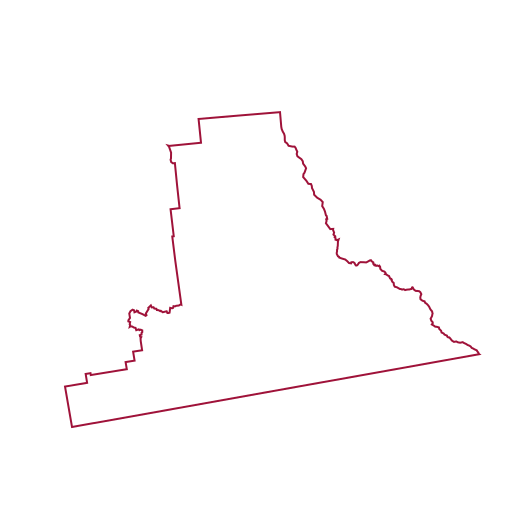 outline of Southeast Fairbanks, Alaska, United States of America, rotated 82°
{"feature_id": "52423323B90612116886659", "entity_name": "Southeast Fairbanks", "entity_type": "district", "adm_level": 2, "iso_a3": "USA", "parent_name": "United States of America", "parent_adm1": "Alaska", "projection": "albers", "projection_center": [-143.381, 63.872], "detail": "fine", "context": "isolated", "style": "outline", "palette": "rose", "viewbox_px": 512, "rotation_deg": 82, "n_neighbors": 0, "source": "geoboundaries", "source_scale": "gbopen_adm2", "svg_char_len": 3869}
<svg xmlns="http://www.w3.org/2000/svg" viewBox="0 0 512 512"><g transform="rotate(82 256 256)"><path d="M116.9,212.2L114.5,253.9L112.3,293.8L136.2,294.7L134.9,326.5L134.4,327.7L135.7,326.9L141.8,325.7L147.5,326.6L148.8,327.2L151.2,326.9L152.7,325.3L152.7,323.4L174.7,324.3L197.1,325.0L198.0,325.0L197.8,334.1L225.0,334.7L225.0,336.2L249.4,336.6L293.8,336.7L293.4,337.3L294.3,339.3L294.2,342.0L294.6,343.1L294.2,344.7L295.8,345.3L296.1,346.4L295.4,348.2L300.1,349.5L300.3,350.9L300.1,351.7L298.3,352.2L298.7,356.2L297.0,357.9L297.3,358.5L296.1,360.0L295.7,361.7L294.4,362.0L293.9,364.0L292.5,364.6L292.4,366.4L290.3,367.0L292.4,369.9L293.5,369.7L297.6,373.1L299.4,372.7L299.9,373.6L297.7,376.6L295.5,380.4L294.2,380.4L293.5,381.6L294.3,382.1L294.8,384.2L292.8,384.3L292.0,385.7L293.1,387.9L295.3,389.5L299.8,389.4L301.9,391.3L303.0,391.5L303.9,389.8L306.1,390.6L306.8,390.2L308.6,390.9L308.2,390.0L308.6,388.4L309.9,386.8L310.4,385.3L312.8,384.9L312.3,382.3L313.2,381.8L312.9,380.5L313.8,379.0L315.5,379.2L316.1,380.0L317.9,380.3L318.2,382.1L319.7,382.0L320.3,380.9L321.6,381.8L324.2,382.0L333.5,381.9L333.6,391.0L342.7,390.8L342.9,399.9L350.1,399.7L350.9,436.2L349.0,436.2L349.1,441.1L358.1,440.9L358.7,463.3L399.7,462.0L398.9,440.4L398.9,438.9L395.8,355.7L392.1,257.4L388.3,154.7L384.3,48.7L384.2,48.8L382.4,49.4L381.1,50.2L380.3,50.4L379.5,51.5L378.8,52.7L378.0,53.6L377.0,55.2L375.5,56.0L374.9,56.7L374.3,57.5L373.6,58.8L372.4,60.1L371.0,62.3L370.1,63.3L370.3,65.9L369.6,68.0L368.5,69.6L368.6,71.9L367.1,73.7L364.4,75.3L363.5,75.9L363.4,76.9L362.5,77.8L361.4,78.0L360.1,80.3L358.9,80.9L358.4,81.6L357.6,82.9L355.8,83.1L353.7,84.7L352.2,84.8L351.3,86.8L350.9,88.4L349.8,89.5L348.8,90.7L348.3,91.4L347.1,90.3L346.1,90.3L344.5,91.4L342.4,91.8L341.2,90.9L339.9,90.0L338.6,89.6L337.4,89.1L336.4,89.3L335.5,89.3L334.6,89.7L334.4,90.0L332.6,90.9L330.3,91.6L328.5,92.6L327.0,93.7L325.9,95.0L324.3,95.4L323.9,96.6L323.0,97.9L321.7,99.1L320.0,99.1L318.3,98.5L316.8,97.6L314.7,98.3L313.6,99.3L313.1,100.9L312.8,102.6L311.8,103.8L310.7,104.6L309.4,105.0L308.8,105.3L308.9,105.9L309.4,106.1L310.0,106.5L310.3,106.7L310.3,107.7L310.5,108.7L310.4,109.6L310.3,111.2L310.5,113.1L309.9,113.7L309.4,114.8L309.6,116.0L308.9,117.1L308.7,118.1L307.7,119.4L306.6,120.8L305.7,122.9L303.9,123.5L301.8,123.4L300.5,124.6L299.2,125.0L299.2,124.9L298.4,124.8L297.5,125.2L296.9,126.3L295.7,126.7L294.4,127.0L293.8,128.0L293.2,128.7L292.3,129.6L291.9,130.7L291.2,130.0L290.4,130.2L289.3,131.0L288.2,133.2L286.0,134.7L283.9,134.6L282.8,135.2L283.2,135.8L282.3,137.2L282.5,138.3L282.1,139.1L281.5,139.0L281.0,139.5L281.4,140.2L280.0,141.0L278.7,140.7L277.1,142.4L276.3,142.6L276.1,143.5L276.6,144.8L277.2,146.3L277.7,147.8L277.2,150.0L276.9,151.8L276.6,153.4L277.1,155.0L278.7,156.4L279.3,157.2L279.4,158.2L278.6,158.8L276.5,159.5L275.6,160.6L275.5,161.6L275.5,162.5L276.5,162.9L275.9,164.9L273.9,166.3L271.9,168.1L271.0,170.1L270.2,171.8L269.1,173.8L268.5,173.8L268.0,174.3L267.7,174.9L267.0,175.1L266.2,175.4L265.4,175.7L264.5,175.7L263.7,175.5L263.0,175.2L262.3,175.0L261.3,175.0L260.2,174.3L259.0,174.2L257.3,173.6L255.6,173.3L252.9,172.8L251.1,171.9L251.6,173.6L250.9,175.0L249.4,174.7L248.3,175.5L247.5,174.8L245.6,176.3L243.7,175.4L240.8,176.1L239.9,175.8L239.7,178.7L233.3,182.2L231.0,181.2L229.4,181.4L229.2,180.3L226.1,180.5L225.4,181.1L221.6,181.5L218.7,182.2L215.8,183.5L211.9,182.4L209.3,184.2L206.8,187.3L203.4,189.9L200.6,189.7L196.5,191.1L194.4,191.0L192.4,191.5L191.8,194.1L188.6,195.6L184.4,198.3L181.5,197.6L180.3,196.4L178.2,195.3L176.1,194.2L174.2,194.8L171.1,196.5L168.7,196.5L166.4,197.6L164.7,199.4L163.0,201.1L160.6,201.5L158.5,200.6L156.6,201.2L154.3,201.8L153.0,202.6L152.7,204.8L151.4,208.4L148.8,209.5L147.2,211.2L145.4,211.4L142.5,211.0L141.0,210.9L138.9,211.2L136.5,212.2L133.8,212.9L131.6,213.0L116.9,212.2Z" fill="none" stroke="#9f1239" stroke-width="2"/></g></svg>